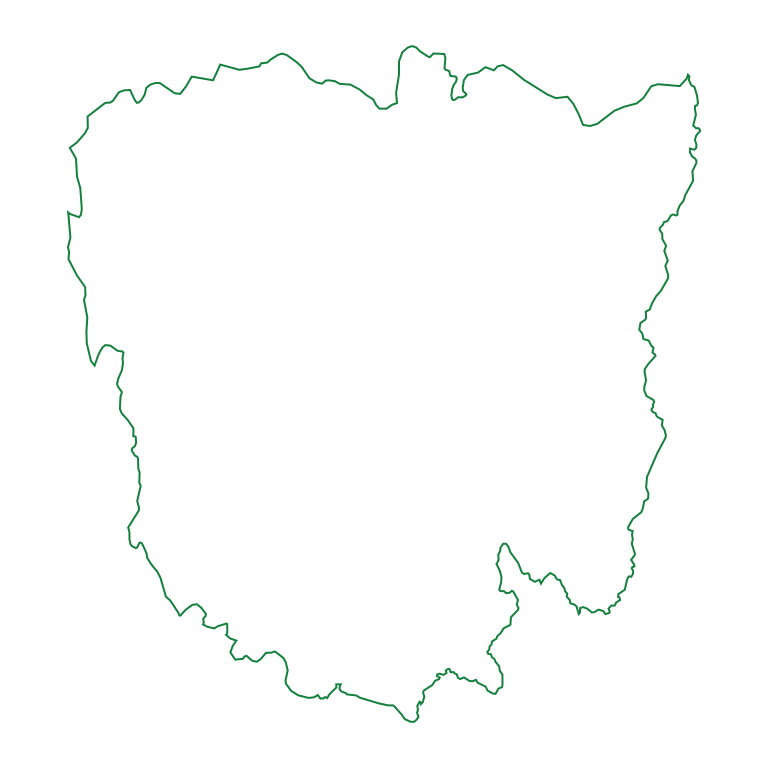 Fandriana, Amoron'i Mania, Madagascar
{"feature_id": "10022922B23434626058692", "entity_name": "Fandriana", "entity_type": "district", "adm_level": 2, "iso_a3": "MDG", "parent_name": "Madagascar", "parent_adm1": "Amoron'i Mania", "projection": "robinson", "projection_center": [47.379, -20.289], "detail": "fine", "context": "isolated", "style": "outline", "palette": "green", "viewbox_px": 768, "rotation_deg": 0, "n_neighbors": 0, "source": "geoboundaries", "source_scale": "gbopen_adm2", "svg_char_len": 6006}
<svg xmlns="http://www.w3.org/2000/svg" viewBox="0 0 768 768"><path d="M402.3,52.3L399.0,61.4L399.0,74.3L396.1,92.9L397.0,103.1L392.2,104.7L386.5,108.7L379.3,108.6L376.2,105.1L373.2,99.4L366.8,95.4L359.9,89.7L350.6,84.6L339.9,83.9L334.9,81.2L328.8,80.3L325.6,80.6L322.1,83.7L316.3,82.4L309.4,78.2L302.0,67.3L297.0,62.4L286.7,55.0L282.2,53.6L278.2,54.8L270.5,59.6L267.2,62.6L261.2,63.3L259.4,66.4L248.1,68.6L239.4,69.8L220.3,64.6L213.1,80.3L191.7,76.6L186.2,86.2L180.2,93.9L174.6,93.2L159.9,83.1L155.9,82.9L150.5,84.5L146.4,87.8L144.6,94.8L141.5,100.0L138.8,102.5L136.8,102.8L134.4,99.3L130.1,90.0L124.2,90.3L118.8,92.3L113.1,100.6L110.4,102.5L105.2,102.9L87.6,116.5L87.8,128.0L84.8,133.4L77.1,142.3L69.8,147.8L76.0,158.5L77.0,176.6L80.3,188.1L81.8,209.1L80.9,214.9L79.0,217.2L70.0,214.0L68.2,212.4L70.4,237.7L68.0,247.2L69.1,251.9L68.5,259.2L77.0,275.5L85.1,287.0L85.5,295.3L84.0,299.8L87.3,317.5L86.4,332.1L86.8,343.5L91.0,361.0L94.6,365.6L98.2,355.3L100.6,350.5L102.5,347.4L105.3,345.1L110.4,345.6L117.6,350.8L122.5,351.5L123.5,352.8L122.5,357.8L123.0,363.0L121.9,370.1L118.0,379.3L117.1,384.1L117.9,386.5L121.9,392.1L120.5,396.7L119.9,409.0L121.7,413.2L127.9,420.2L133.5,428.5L133.3,436.2L135.4,436.5L135.8,437.4L136.1,442.9L135.0,446.1L132.2,448.3L131.7,450.3L134.8,455.5L137.1,456.7L138.0,458.1L138.3,468.4L139.6,472.5L139.3,482.7L140.7,485.9L137.2,501.0L139.0,507.7L138.9,510.3L128.2,527.5L129.4,531.8L129.5,539.4L130.4,543.9L131.8,546.0L135.9,548.1L137.1,547.5L139.5,542.8L140.8,542.6L142.0,543.5L146.5,553.2L147.2,557.8L151.1,564.1L157.5,572.0L160.5,577.9L165.9,596.6L170.5,600.8L178.3,612.7L179.4,615.4L180.4,615.6L185.5,609.9L192.5,604.8L197.0,604.3L201.3,607.8L205.9,613.9L205.7,615.9L203.2,618.7L203.8,622.7L203.0,624.5L207.5,626.8L214.2,628.4L217.8,626.2L226.6,623.5L227.2,624.1L227.3,630.1L227.1,633.5L226.0,634.8L230.3,638.5L236.3,640.6L232.7,646.0L230.4,652.4L235.2,659.6L243.0,658.8L244.3,656.6L246.5,655.8L252.5,660.9L256.9,661.7L260.8,659.0L266.0,652.8L271.2,652.7L274.7,651.5L275.8,652.1L283.3,657.9L285.7,662.0L287.7,670.4L285.5,680.7L286.1,683.9L291.1,690.8L298.2,695.3L308.6,697.9L314.1,697.3L317.8,695.0L320.4,698.6L323.7,698.3L325.0,697.0L327.2,698.1L329.4,694.3L336.4,687.4L336.2,684.4L340.7,684.3L339.4,688.1L340.3,690.3L342.0,691.8L345.6,692.9L346.9,694.4L356.0,695.4L359.9,697.7L378.6,703.3L387.6,705.3L393.5,705.5L401.5,714.3L404.8,719.1L410.4,721.7L413.8,721.9L416.3,720.0L418.5,717.0L417.0,712.5L418.0,710.1L417.3,705.9L419.5,701.8L420.6,702.2L421.0,704.1L422.8,702.1L424.3,696.6L423.1,692.7L423.7,690.6L432.3,685.0L435.1,680.7L439.2,679.0L439.7,677.5L437.1,676.1L437.2,674.5L439.6,673.7L443.5,674.9L446.5,672.9L445.8,670.7L446.9,669.5L449.5,668.9L450.7,672.2L453.9,672.2L454.7,673.5L456.8,674.3L457.8,677.6L460.1,679.1L464.0,677.4L469.7,681.1L473.0,681.1L475.9,679.8L477.7,682.7L485.6,686.6L487.6,690.6L492.5,693.4L495.5,693.9L498.4,688.6L501.9,687.2L502.5,685.0L502.4,674.4L499.9,671.0L499.1,666.2L495.5,661.8L494.4,659.0L492.0,657.3L490.9,654.3L488.1,653.8L487.4,651.8L489.3,649.4L489.6,646.5L491.5,644.4L492.1,641.4L496.4,638.7L497.2,636.3L500.6,633.2L503.7,628.3L510.4,624.8L510.9,617.3L517.9,610.0L518.5,608.0L516.8,604.6L517.9,599.9L513.4,591.7L511.8,590.8L509.5,592.8L506.0,593.1L504.0,591.1L500.5,591.1L499.2,589.6L501.1,582.4L501.5,576.9L499.6,570.3L496.5,564.0L498.6,560.3L498.3,554.5L500.1,551.2L500.5,547.7L503.4,543.6L506.2,543.9L508.5,547.0L510.4,552.3L518.2,563.0L521.7,572.1L523.6,573.9L528.2,573.3L529.3,574.8L530.0,579.0L534.9,581.8L539.4,579.7L541.0,583.6L544.3,578.2L550.2,573.0L554.7,575.5L556.9,579.3L560.1,580.1L562.0,585.1L564.3,588.0L565.1,591.3L567.2,593.5L566.7,596.6L569.8,600.0L570.3,603.2L574.4,604.6L576.5,606.4L578.8,614.0L579.9,612.7L580.1,608.1L583.2,607.1L587.1,608.6L591.8,612.4L594.0,612.3L598.7,609.6L603.3,611.1L605.4,614.1L609.2,613.0L609.7,611.6L608.5,608.6L611.3,605.6L614.7,605.6L616.1,602.5L620.1,600.0L619.3,597.2L618.1,596.9L618.4,594.1L624.8,589.7L627.0,579.8L628.2,577.3L629.1,576.3L631.3,576.8L633.1,573.6L633.1,570.8L631.7,568.4L632.3,567.1L634.3,566.5L634.3,564.9L631.1,559.8L634.5,555.5L634.9,553.7L631.8,543.8L632.8,539.2L632.0,534.9L632.6,531.0L628.9,529.8L628.1,528.7L628.2,527.0L632.9,518.8L641.3,512.2L642.7,508.8L644.2,501.4L648.1,498.6L648.4,493.3L646.1,487.6L647.0,476.9L657.2,453.3L665.3,438.1L665.9,435.4L664.7,430.4L661.9,425.5L662.6,419.8L657.9,417.2L656.5,415.9L655.6,413.2L652.8,412.0L651.3,409.8L653.0,407.1L653.1,404.1L654.2,401.8L653.5,400.1L646.4,395.9L644.2,390.3L644.4,386.4L646.1,380.4L644.5,371.6L644.8,369.2L648.0,364.3L655.5,355.9L655.2,354.7L652.5,352.5L653.5,347.7L651.4,345.9L648.7,340.6L643.3,338.9L642.4,333.7L639.3,329.8L640.4,323.1L645.2,319.7L646.1,318.1L645.8,311.6L649.7,309.6L652.1,303.2L656.2,296.1L660.7,291.1L668.1,278.3L668.2,275.2L665.3,265.9L667.8,260.7L664.3,250.9L666.1,245.8L662.4,239.1L662.2,233.7L659.6,229.7L659.9,227.9L663.1,224.5L663.9,222.2L667.5,221.0L671.2,215.2L673.2,214.5L676.3,215.5L677.5,214.8L677.5,211.0L679.7,205.6L683.5,200.8L685.3,195.0L693.1,180.8L692.4,171.3L696.4,162.9L696.3,160.4L695.0,158.5L692.2,156.6L689.9,152.2L690.0,148.6L694.3,149.7L696.1,148.1L696.5,144.9L694.9,139.7L696.3,135.4L700.0,131.2L699.8,129.5L698.4,128.2L696.1,128.3L693.2,125.5L695.9,114.9L694.9,108.8L695.2,105.8L697.0,105.4L698.0,103.0L696.9,95.1L694.4,86.8L692.0,85.9L690.7,84.1L688.8,79.8L689.4,76.3L687.9,74.7L686.7,78.5L679.8,86.1L658.0,84.2L651.3,86.2L643.5,97.9L636.7,103.4L624.3,106.7L614.5,110.7L597.2,123.9L589.9,126.0L583.0,124.9L578.9,114.6L573.4,103.9L567.5,96.8L555.9,98.1L547.5,94.6L523.8,79.7L512.1,70.3L503.2,65.1L497.6,66.3L494.0,70.3L485.4,67.2L478.0,72.6L467.7,74.9L463.9,80.1L462.7,87.6L463.1,91.0L466.4,94.2L465.9,95.4L462.7,97.4L458.3,97.2L454.6,99.9L453.0,100.0L452.0,98.9L451.4,95.4L452.1,89.4L453.4,85.5L455.9,81.9L456.7,79.5L456.5,77.6L455.6,76.5L450.5,76.0L449.1,71.0L445.5,69.7L444.5,68.5L445.4,57.8L444.2,54.0L433.5,53.5L429.9,57.1L428.4,56.8L420.0,51.3L416.0,47.3L412.0,46.1L407.9,47.5L402.3,52.3Z" fill="none" stroke="#15803d" stroke-width="2"/></svg>